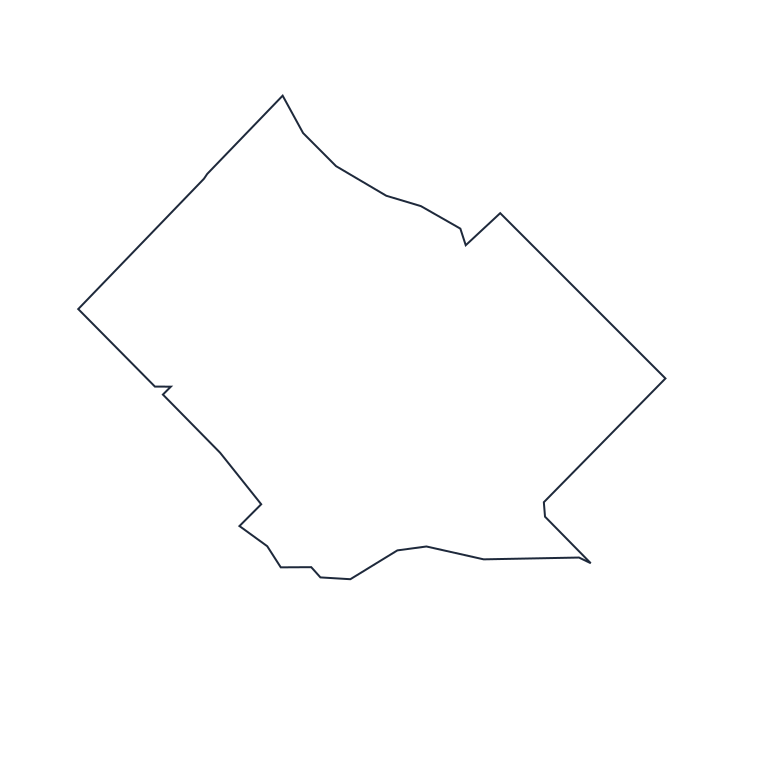 Terrell, Georgia, United States of America, rotated 134°
{"feature_id": "52423323B62158301450735", "entity_name": "Terrell", "entity_type": "district", "adm_level": 2, "iso_a3": "USA", "parent_name": "United States of America", "parent_adm1": "Georgia", "projection": "equal_earth", "projection_center": [-84.412, 31.794], "detail": "fine", "context": "isolated", "style": "outline", "palette": "slate", "viewbox_px": 768, "rotation_deg": 134, "n_neighbors": 0, "source": "geoboundaries", "source_scale": "gbopen_adm2", "svg_char_len": 538}
<svg xmlns="http://www.w3.org/2000/svg" viewBox="0 0 768 768"><g transform="rotate(134 384 384)"><path d="M247.0,657.2L355.7,657.1L361.4,656.1L542.5,656.0L545.0,547.0L534.0,535.5L545.2,535.7L547.3,454.1L555.8,388.8L586.6,389.3L581.8,355.3L587.6,330.9L566.3,309.1L567.3,295.4L547.8,272.6L494.4,258.8L471.4,240.6L440.9,190.5L373.4,123.2L369.3,110.8L367.6,176.0L358.0,186.9L184.5,185.4L180.4,419.1L227.4,421.6L219.2,437.0L230.4,481.0L247.0,513.1L260.6,569.8L259.7,616.5L247.0,657.2Z" fill="none" stroke="#1e293b" stroke-width="2"/></g></svg>